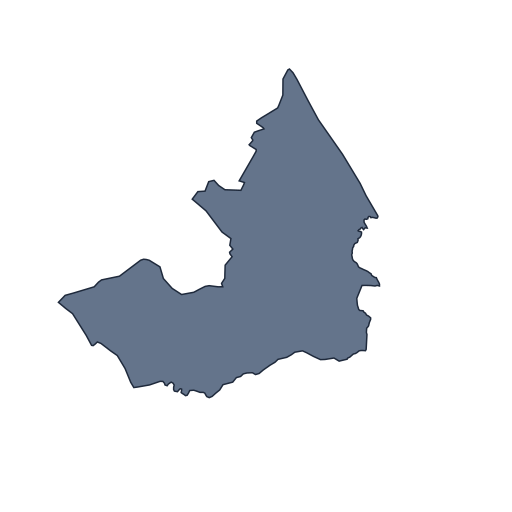 outline of Cerro de las Cuentas, Cerro Largo, Uruguay, rotated 302°
{"feature_id": "84410073B63196441313182", "entity_name": "Cerro de las Cuentas", "entity_type": "district", "adm_level": 2, "iso_a3": "URY", "parent_name": "Uruguay", "parent_adm1": "Cerro Largo", "projection": "natural_earth1", "projection_center": [-54.465, -32.625], "detail": "fine", "context": "isolated", "style": "filled", "palette": "slate", "viewbox_px": 512, "rotation_deg": 302, "n_neighbors": 0, "source": "geoboundaries", "source_scale": "gbopen_adm2", "svg_char_len": 3223}
<svg xmlns="http://www.w3.org/2000/svg" viewBox="0 0 512 512"><g transform="rotate(302 256 256)"><path d="M216.8,388.0L217.9,387.8L220.1,389.2L222.2,389.8L224.5,390.5L226.0,392.0L227.8,392.9L230.2,393.7L231.5,395.1L232.6,396.9L233.7,399.0L235.2,398.9L248.2,391.7L249.7,390.1L251.4,389.2L253.4,388.1L255.0,388.4L256.4,388.5L259.6,387.4L263.0,386.8L264.3,386.0L264.7,383.2L264.5,381.0L265.5,379.2L265.6,377.2L266.3,375.9L265.5,374.2L264.8,372.8L265.2,371.3L266.4,370.0L267.9,368.2L270.3,366.3L273.5,363.9L287.2,361.5L289.4,364.9L291.9,369.2L293.6,372.8L295.3,374.4L296.0,376.6L297.5,375.7L298.6,374.2L299.4,372.7L300.3,371.1L301.4,369.5L300.8,368.2L300.8,366.3L300.8,364.5L301.9,363.0L301.9,360.8L302.1,359.0L301.9,356.9L301.5,354.5L301.3,352.4L301.0,350.3L301.1,348.7L302.1,347.3L303.0,345.9L303.4,344.6L303.4,342.2L303.9,340.5L304.8,339.2L306.3,337.9L307.7,336.5L309.5,336.1L311.1,334.9L313.0,334.2L314.3,333.6L315.7,333.8L317.0,333.2L318.9,333.2L321.2,334.7L323.3,334.3L324.7,333.3L326.4,334.2L327.8,334.4L329.3,334.2L330.8,333.7L332.2,332.8L332.1,331.5L331.5,330.3L331.5,329.2L332.9,329.3L334.1,330.1L335.3,330.1L336.4,330.8L335.8,331.9L335.4,333.3L336.8,333.4L337.8,333.7L338.6,335.5L339.4,334.4L339.9,333.6L340.6,332.2L341.1,331.2L341.8,329.9L343.0,329.0L343.9,328.5L345.1,328.8L345.7,330.3L346.9,331.1L348.0,330.5L349.4,330.8L350.0,332.1L349.4,333.1L350.5,334.3L351.1,335.9L351.5,337.3L352.2,338.6L353.9,338.6L354.7,337.9L365.5,317.3L372.7,305.9L388.1,275.5L404.6,236.7L415.1,218.2L427.5,197.1L431.0,190.3L432.3,185.3L430.7,184.4L420.4,185.1L406.7,193.5L396.0,195.5L393.0,195.9L376.1,187.4L370.8,185.1L368.9,186.3L368.6,194.1L368.0,195.4L362.8,191.1L360.1,189.0L353.9,189.3L352.8,191.6L352.0,192.1L346.7,191.2L346.4,192.2L346.4,199.7L345.0,200.6L339.0,200.9L310.8,201.9L312.2,207.3L309.7,207.8L303.7,208.4L295.7,194.5L296.0,187.0L297.9,180.3L294.0,176.5L284.0,178.4L279.8,172.6L270.4,171.8L267.8,189.7L258.3,214.5L257.5,225.5L251.2,228.1L249.6,232.7L245.2,231.6L244.0,232.8L242.7,236.1L231.9,234.7L224.5,239.0L220.5,241.4L214.5,241.3L212.3,244.1L209.8,240.2L206.0,232.0L203.3,229.0L197.4,225.4L192.3,222.5L183.9,213.3L184.1,202.1L187.8,189.4L195.9,180.3L195.8,167.7L194.9,164.8L193.7,162.4L191.3,160.4L166.5,150.9L153.9,137.7L150.4,136.3L144.1,135.1L127.7,120.7L121.5,115.0L112.0,113.0L110.7,122.2L109.9,131.0L98.7,154.1L93.1,163.9L93.7,165.4L96.2,166.3L99.0,167.0L99.7,170.9L98.5,183.1L98.1,191.1L91.2,204.6L82.5,216.7L79.7,222.1L82.2,225.1L90.2,234.0L98.9,241.1L100.3,243.5L99.6,245.8L98.4,247.2L98.9,249.4L100.9,249.5L104.1,250.9L104.2,253.0L103.2,255.0L101.1,255.7L99.1,256.9L98.2,258.4L99.3,261.3L101.3,261.6L103.3,262.1L103.7,263.4L102.7,264.1L100.5,264.9L100.4,266.3L100.4,268.6L100.2,270.2L101.4,271.4L103.9,271.4L106.8,271.1L109.2,274.3L109.9,277.1L110.7,280.8L112.4,283.5L112.6,285.2L111.3,287.5L110.7,288.8L111.1,291.4L113.7,293.2L118.2,294.5L123.2,296.2L129.4,296.2L136.7,303.1L142.5,303.8L145.7,306.8L149.3,307.7L152.0,310.3L155.1,314.8L155.2,318.4L158.0,320.9L163.3,322.6L170.7,325.7L176.2,328.5L180.0,329.4L186.4,335.8L191.0,338.3L195.0,339.9L200.2,345.7L200.8,350.2L201.3,357.9L202.3,365.6L204.8,369.3L210.8,376.2L210.9,382.2L216.8,388.0Z" fill="#64748b" stroke="#1e293b" stroke-width="1.5"/></g></svg>